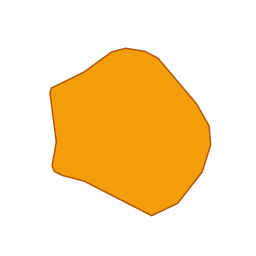 Ngulu, Federated States of Micronesia (orthographic projection), rotated 211°
{"feature_id": "79324940B42165526441139", "entity_name": "Ngulu", "entity_type": "district", "adm_level": 2, "iso_a3": "FSM", "parent_name": "Federated States of Micronesia", "parent_adm1": "", "projection": "orthographic", "projection_center": [137.488, 8.298], "detail": "fine", "context": "isolated", "style": "filled", "palette": "amber", "viewbox_px": 256, "rotation_deg": 211, "n_neighbors": 0, "source": "geoboundaries", "source_scale": "gbopen_adm2", "svg_char_len": 394}
<svg xmlns="http://www.w3.org/2000/svg" viewBox="0 0 256 256"><g transform="rotate(211 128 128)"><path d="M62.6,65.0L46.6,89.2L41.8,128.3L48.4,156.0L59.6,171.6L81.7,184.0L138.0,203.2L152.9,202.4L171.1,195.1L181.2,184.8L194.5,153.3L214.2,122.9L212.9,117.8L182.3,79.2L173.5,56.3L168.7,52.8L159.6,53.6L138.5,59.8L99.6,62.5L62.6,65.0Z" fill="#f59e0b" stroke="#b45309" stroke-width="1.5"/></g></svg>